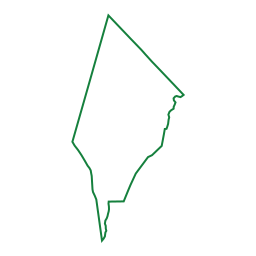 outline of Coivaras, Piauí, Brazil
{"feature_id": "56859067B16410045204103", "entity_name": "Coivaras", "entity_type": "district", "adm_level": 2, "iso_a3": "BRA", "parent_name": "Brazil", "parent_adm1": "Piauí", "projection": "equal_earth", "projection_center": [-42.266, -5.118], "detail": "fine", "context": "isolated", "style": "outline", "palette": "green", "viewbox_px": 256, "rotation_deg": 0, "n_neighbors": 0, "source": "geoboundaries", "source_scale": "gbopen_adm2", "svg_char_len": 948}
<svg xmlns="http://www.w3.org/2000/svg" viewBox="0 0 256 256"><path d="M166.5,128.8L167.2,126.9L168.1,123.9L168.6,119.7L169.2,117.3L168.4,114.6L169.5,111.8L171.2,110.2L173.6,108.7L173.7,106.8L174.7,104.6L175.5,102.4L173.9,100.4L173.6,98.3L175.2,96.5L176.7,96.0L178.1,96.5L180.5,97.1L182.2,96.0L183.6,94.9L163.2,73.4L151.9,61.6L145.2,54.2L141.4,49.9L130.6,38.7L108.4,15.4L89.7,81.2L72.4,141.8L74.6,145.6L78.1,150.1L81.3,154.9L82.8,157.4L85.1,161.3L87.6,165.7L89.4,168.0L90.7,170.4L91.2,173.4L91.7,175.9L92.5,189.4L93.0,192.0L94.8,195.8L96.3,199.5L98.1,212.5L102.0,240.6L103.5,238.8L104.9,236.4L105.4,232.4L106.3,230.8L105.8,228.7L105.7,225.8L104.9,223.6L105.4,220.5L106.7,218.4L107.5,216.2L108.0,213.9L108.7,211.3L109.0,209.2L108.9,206.4L108.5,203.6L108.7,201.6L123.7,201.4L128.4,189.9L130.6,184.7L135.8,173.5L148.0,157.1L152.0,155.2L161.7,145.9L162.5,141.7L163.9,134.2L164.8,129.0L166.5,128.8Z" fill="none" stroke="#15803d" stroke-width="2"/></svg>